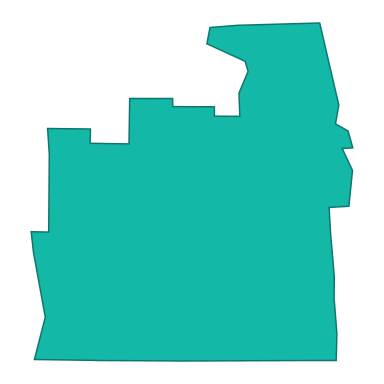 Tioga, New York, United States of America
{"feature_id": "52423323B79140225975519", "entity_name": "Tioga", "entity_type": "district", "adm_level": 2, "iso_a3": "USA", "parent_name": "United States of America", "parent_adm1": "New York", "projection": "robinson", "projection_center": [-76.287, 42.204], "detail": "fine", "context": "isolated", "style": "filled", "palette": "teal", "viewbox_px": 384, "rotation_deg": 0, "n_neighbors": 0, "source": "geoboundaries", "source_scale": "gbopen_adm2", "svg_char_len": 650}
<svg xmlns="http://www.w3.org/2000/svg" viewBox="0 0 384 384"><path d="M237.6,25.3L210.0,27.5L206.9,43.8L245.1,61.3L248.1,71.4L239.0,93.1L239.8,116.3L214.4,116.2L214.4,106.8L172.8,106.6L172.6,98.5L129.7,98.5L129.0,143.9L90.2,143.3L90.5,129.0L47.6,128.5L49.3,154.5L48.7,232.1L31.2,231.7L33.4,251.9L45.3,317.2L34.4,359.5L90.9,360.3L95.3,360.4L98.2,360.5L173.2,360.9L177.3,361.0L309.7,360.5L319.3,360.5L324.3,360.5L336.2,360.5L336.9,333.7L334.1,298.3L334.3,276.6L330.6,233.8L329.1,207.4L348.9,206.3L352.5,170.5L342.2,148.4L352.8,147.9L348.1,131.0L335.5,123.9L338.8,105.0L319.7,23.0L237.6,25.3Z" fill="#14b8a6" stroke="#0f766e" stroke-width="1.5"/></svg>